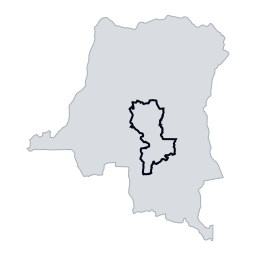 Kasaï-Oriental highlighted on a map of Democratic Republic of the Congo
{"feature_id": "COD-1896", "entity_name": "Kasaï-Oriental", "entity_type": "Province", "adm_level": 1, "iso_a3": "COD", "parent_name": "Democratic Republic of the Congo", "parent_adm1": "", "projection": "robinson", "projection_center": [23.978, -4.842], "detail": "fine", "context": "in_parent", "style": "outline", "palette": "ink", "viewbox_px": 256, "rotation_deg": 0, "n_neighbors": 0, "source": "natural_earth", "source_scale": "10m", "svg_char_len": 9074}
<svg xmlns="http://www.w3.org/2000/svg" viewBox="0 0 256 256"><path d="M223.2,177.5L203.6,181.0L204.0,182.3L203.8,183.6L203.3,184.6L201.3,187.3L198.3,189.9L198.3,190.5L199.8,193.3L200.7,197.2L200.4,203.9L200.8,205.8L200.8,207.2L199.8,208.8L197.7,217.0L199.1,220.9L202.9,224.6L205.2,227.4L209.0,228.4L209.6,228.2L209.8,225.9L212.9,225.1L212.8,239.6L212.6,240.5L212.0,240.6L211.3,240.2L211.0,238.8L210.3,238.2L206.5,240.0L205.6,239.9L204.6,239.6L203.8,238.9L203.6,237.8L201.0,233.5L199.7,233.2L198.3,229.4L192.4,226.6L190.2,226.4L189.0,225.5L187.9,222.5L185.9,220.6L185.5,218.4L185.1,218.1L183.9,218.6L182.9,222.0L181.6,222.8L179.2,222.9L173.2,221.9L168.9,220.1L167.8,220.2L166.0,218.7L165.3,216.0L165.7,214.0L165.4,213.7L158.9,215.4L157.3,216.4L155.8,216.2L155.4,215.6L156.0,214.2L155.7,212.7L155.2,212.0L153.3,211.5L152.7,209.9L151.5,209.6L151.1,209.9L150.8,211.0L150.1,211.3L146.2,210.8L142.1,212.2L136.7,211.9L134.1,213.6L133.7,213.5L133.1,212.6L132.6,209.9L132.9,209.1L133.7,208.6L134.0,207.5L133.7,204.6L133.9,203.9L133.6,202.3L132.8,199.7L131.7,197.5L129.2,194.3L128.7,192.8L128.9,189.2L129.7,183.5L129.6,179.3L128.6,176.5L128.4,173.6L129.0,168.2L128.4,166.9L116.0,166.5L115.4,166.1L115.2,165.4L115.8,162.2L108.2,163.0L105.9,163.6L104.5,164.9L104.1,166.5L104.0,168.8L102.9,171.0L102.6,174.8L100.5,175.2L98.4,175.2L94.4,174.4L90.4,175.5L88.5,176.5L87.5,176.0L84.0,176.4L83.5,176.1L79.5,168.7L77.6,166.3L77.3,165.0L77.4,163.9L76.9,162.4L75.1,158.6L74.7,156.8L74.8,154.1L74.6,153.1L72.9,150.7L71.7,150.0L70.5,149.5L50.2,149.9L43.5,149.4L38.6,149.7L36.1,149.5L35.4,149.2L33.2,149.7L32.0,150.7L30.3,151.2L29.2,151.0L27.1,148.3L29.9,147.8L30.1,147.5L30.3,140.9L29.5,140.0L31.1,138.9L33.5,136.0L35.9,135.0L36.3,134.4L36.8,134.4L37.7,135.6L39.7,137.2L42.3,135.8L42.6,135.4L42.9,132.6L43.6,132.4L44.7,133.0L45.3,133.0L46.4,132.2L49.7,130.7L50.7,132.5L49.8,134.2L50.2,135.3L50.3,137.1L50.8,137.5L53.4,137.7L54.2,137.3L59.3,130.8L60.7,130.1L62.9,127.5L65.7,126.4L67.0,124.3L68.6,120.7L69.4,115.5L69.1,106.5L69.3,105.3L72.8,101.2L76.4,93.8L78.8,91.9L80.6,91.1L83.4,88.4L85.6,85.7L85.3,82.5L85.8,79.8L87.0,76.3L87.4,72.7L87.0,68.8L87.2,65.7L88.8,60.7L89.0,55.0L90.5,50.1L93.5,44.0L94.9,39.5L94.6,35.0L95.0,31.7L94.8,29.7L94.3,28.0L94.6,27.0L95.7,26.5L97.1,24.8L99.6,20.4L102.3,18.3L104.2,17.6L106.2,17.6L107.4,18.0L109.5,19.8L111.9,21.2L113.6,22.9L115.4,25.6L119.6,26.2L121.4,27.1L122.5,27.5L122.9,27.2L123.8,27.4L125.7,28.2L127.3,27.7L135.1,29.5L136.0,28.6L138.2,24.0L139.8,22.4L142.5,22.3L144.6,23.1L145.7,23.2L155.2,19.2L156.5,19.0L159.9,19.9L162.2,19.3L163.1,19.5L165.1,18.8L166.7,16.0L168.0,15.4L181.7,18.4L183.8,16.9L184.8,16.7L187.9,17.8L188.8,19.5L190.6,21.0L191.9,23.4L194.0,24.7L195.0,26.0L196.2,26.9L198.7,27.2L201.9,25.0L204.1,25.3L206.4,26.5L207.2,26.4L208.9,25.1L209.8,23.8L210.6,23.5L212.0,24.1L213.0,25.3L214.0,27.2L217.5,31.3L220.8,33.1L221.6,35.6L222.8,35.4L223.4,35.6L224.3,37.2L224.9,37.6L225.0,38.2L224.2,39.7L223.4,42.6L224.4,44.4L223.6,47.0L223.1,49.7L224.2,50.3L225.6,50.3L226.9,51.7L227.9,51.9L228.9,53.4L228.7,54.6L225.4,58.9L220.5,64.3L218.8,64.9L218.0,65.9L217.4,67.4L215.9,68.8L214.8,69.3L214.8,73.1L213.1,77.1L212.5,77.9L211.6,84.4L211.7,85.6L210.8,90.9L210.9,95.8L208.6,97.3L206.9,99.8L206.2,101.5L206.2,105.5L203.5,107.9L203.3,108.5L204.0,111.3L205.0,111.8L205.0,112.7L207.2,115.8L207.0,125.2L207.2,126.1L208.3,128.3L209.1,132.5L208.2,137.9L211.2,147.8L209.8,151.5L210.5,154.9L212.2,158.6L216.4,162.1L217.5,163.6L218.6,165.6L219.6,168.7L223.2,177.5Z" fill="#d9dde1" stroke="#a8b0b8" stroke-width="1"/><path d="M152.7,100.1L156.3,100.6L156.4,100.9L156.7,103.3L156.9,104.0L157.1,104.4L158.0,105.9L159.1,108.1L159.3,108.5L159.5,108.7L159.7,108.8L163.5,108.5L163.4,109.6L163.2,110.2L163.3,110.6L163.4,111.4L163.6,112.2L163.6,112.4L163.2,113.6L163.1,114.1L162.8,114.6L162.7,114.9L162.6,115.6L162.8,115.8L162.7,116.0L162.5,115.9L162.4,116.0L162.6,116.2L162.5,116.5L162.6,116.8L162.5,117.0L162.3,117.5L162.1,117.7L162.0,118.2L161.9,118.3L161.6,118.3L161.4,118.4L161.4,119.4L161.4,119.5L161.1,119.5L160.8,120.1L160.7,120.1L160.7,120.4L160.6,120.5L160.3,120.6L160.1,120.6L160.1,120.8L160.3,121.2L160.3,121.3L160.3,121.6L160.1,121.6L160.0,121.8L160.0,122.1L160.2,123.0L160.3,123.4L160.0,123.8L159.7,124.2L159.6,124.3L159.7,124.7L159.8,124.8L160.0,124.9L159.9,125.1L160.0,125.1L160.3,125.2L160.5,125.2L160.4,125.3L160.4,125.6L160.7,126.2L160.8,126.0L161.0,126.4L161.3,126.8L161.3,127.3L161.7,127.6L161.9,127.5L162.0,127.5L162.1,127.8L162.2,128.3L162.4,128.4L162.3,128.7L162.3,128.9L162.5,129.2L162.5,129.3L162.4,129.5L162.4,130.0L162.5,130.2L162.6,130.3L162.5,130.5L162.3,130.8L162.2,131.8L162.3,131.9L162.6,132.5L162.0,133.1L161.6,133.7L161.6,133.8L161.3,134.0L161.1,134.3L160.9,134.8L161.0,135.3L161.2,135.5L161.4,136.2L161.8,136.5L162.0,136.7L162.2,137.1L162.4,137.3L162.6,137.9L163.0,139.0L163.5,139.1L175.9,139.2L175.6,139.7L175.2,141.1L174.3,142.5L174.1,143.1L173.9,143.7L174.0,144.1L174.4,144.9L174.5,145.2L174.4,145.5L174.0,146.0L173.8,146.4L173.7,146.9L173.8,147.1L173.9,147.3L174.6,148.1L174.7,148.3L174.8,148.7L174.7,150.3L174.8,151.4L174.7,151.7L174.5,152.2L174.5,152.4L174.5,152.7L174.8,153.3L174.9,153.7L174.8,154.0L174.6,154.2L174.3,154.3L173.8,154.2L173.5,154.3L173.3,154.4L173.0,154.7L172.8,154.8L172.5,154.8L172.5,154.7L172.4,154.1L172.2,153.9L171.3,153.5L170.7,153.5L169.3,154.8L169.1,154.9L168.5,155.0L167.9,155.4L167.6,155.4L166.6,155.1L166.0,155.1L165.8,155.2L165.4,155.5L165.1,156.0L165.5,156.5L166.2,157.5L166.4,157.6L166.6,157.6L167.7,157.6L167.8,157.7L167.9,157.8L167.9,158.0L167.5,158.3L167.4,158.4L167.4,158.7L167.3,158.9L167.1,159.6L165.9,160.2L165.6,160.3L164.7,159.6L163.9,159.2L163.1,159.1L162.6,159.1L162.0,159.1L161.7,159.4L161.5,159.7L161.4,160.0L161.5,160.3L161.4,160.5L159.8,162.0L159.5,162.1L158.9,162.4L158.2,163.0L157.4,163.1L157.2,163.2L156.9,163.8L156.6,164.0L156.3,164.0L155.7,163.8L154.4,163.1L154.3,162.9L154.3,162.4L154.2,162.1L154.1,161.9L154.0,161.7L153.8,161.7L153.5,161.7L153.4,161.7L153.3,161.8L153.5,162.3L153.4,162.3L153.2,162.4L153.1,162.5L153.4,162.9L153.3,163.0L153.4,163.4L153.3,163.7L153.1,163.8L152.6,164.0L152.4,164.3L152.2,164.4L152.0,165.1L151.6,165.4L151.5,165.6L151.6,166.4L151.5,166.7L151.4,166.9L151.4,167.0L151.7,167.3L151.8,167.5L151.6,167.8L151.5,168.9L151.4,169.1L151.3,169.3L151.1,169.5L151.1,169.9L151.0,171.9L151.1,172.1L151.3,172.6L151.4,172.9L151.3,173.1L150.6,173.1L150.3,173.2L150.0,173.4L149.7,173.9L149.4,174.0L149.0,173.7L148.5,174.0L148.3,174.1L147.3,174.0L147.0,174.1L146.5,174.3L146.3,174.3L145.9,174.2L145.3,174.0L144.8,174.1L144.4,173.9L144.2,174.0L143.9,174.3L143.6,174.4L143.4,174.3L143.2,174.1L143.1,173.3L142.9,172.7L143.2,169.3L143.5,167.7L143.5,167.1L143.4,166.1L143.5,165.5L143.3,164.8L143.3,164.4L143.8,162.9L143.8,162.7L143.7,162.4L143.4,161.9L143.1,161.6L142.6,161.4L142.2,161.1L142.0,160.8L141.5,159.9L141.3,159.7L140.7,159.3L140.5,159.0L140.5,158.4L140.5,158.0L141.2,156.6L141.4,156.1L141.5,155.7L141.7,154.7L141.9,154.1L142.2,153.7L142.2,153.4L142.0,153.1L141.5,152.7L141.3,152.4L141.0,151.9L140.9,151.6L140.8,151.0L140.8,149.3L141.1,148.6L141.2,148.4L141.4,148.3L141.7,148.3L142.8,148.3L144.2,148.0L144.5,148.0L145.2,147.6L145.3,147.6L145.3,148.0L145.5,148.3L146.0,148.2L146.3,148.0L146.6,147.5L146.8,147.3L147.5,147.1L148.3,146.6L148.8,146.6L149.1,146.4L149.1,144.3L148.9,143.9L148.5,143.6L148.1,143.4L147.1,142.8L146.2,142.5L146.1,142.4L145.9,142.2L145.8,141.9L145.7,141.8L145.4,141.8L144.3,142.2L144.0,142.2L143.8,142.1L142.9,141.0L141.9,139.9L141.0,139.1L140.8,138.8L140.8,138.6L140.7,138.1L140.8,137.6L141.0,137.1L141.3,136.9L142.7,136.4L143.0,136.3L143.1,136.0L143.1,135.4L142.9,134.2L142.7,133.8L142.5,133.6L142.2,133.4L141.5,133.3L140.7,133.1L140.0,133.1L139.7,133.0L138.8,131.8L137.8,130.7L137.3,130.2L135.9,129.5L135.1,128.8L134.9,128.5L134.6,128.1L133.9,127.1L132.9,127.2L132.7,127.5L132.2,127.5L131.9,127.4L131.8,127.2L131.7,127.1L131.6,126.9L130.8,126.8L130.9,126.6L131.1,126.3L131.3,126.1L131.7,126.0L132.2,126.1L132.5,126.0L132.7,125.9L132.7,125.4L132.2,123.9L132.1,123.6L131.8,123.4L130.9,123.1L130.7,123.0L130.5,122.7L130.4,122.1L130.4,121.2L130.5,121.0L130.9,120.4L131.1,120.1L131.3,119.1L131.8,118.1L132.7,115.4L132.7,115.2L132.6,114.6L132.5,114.2L132.3,113.8L131.0,111.8L130.7,111.6L130.6,111.3L130.4,110.7L130.3,109.9L130.1,109.6L129.6,109.0L129.8,108.8L130.3,108.1L131.1,107.6L131.5,107.2L131.8,106.7L132.1,106.5L132.4,106.6L132.6,106.8L132.7,107.2L132.6,108.1L132.6,108.3L132.7,108.6L133.0,108.8L133.3,108.7L133.6,108.6L133.7,108.4L133.7,108.0L133.1,105.3L132.9,104.1L132.8,103.6L132.4,102.4L132.4,102.2L132.5,102.1L133.6,102.4L134.1,102.5L135.9,102.6L136.0,102.6L136.3,102.4L137.1,101.1L137.2,100.8L137.5,100.9L137.9,100.8L138.7,101.4L139.3,101.4L139.9,101.7L140.2,102.1L140.6,102.7L141.2,102.3L141.4,102.3L141.9,102.3L142.3,102.4L142.7,102.7L143.0,103.1L143.4,103.9L143.5,104.0L144.0,103.9L147.0,103.2L147.5,103.2L148.3,103.4L148.5,103.3L148.6,103.2L148.6,102.7L148.8,102.3L149.3,102.1L149.5,101.7L149.6,100.8L149.6,100.7L149.8,100.4L150.2,100.3L151.7,100.3L152.0,100.2L152.7,100.1Z" fill="none" stroke="#020617" stroke-width="2"/></svg>